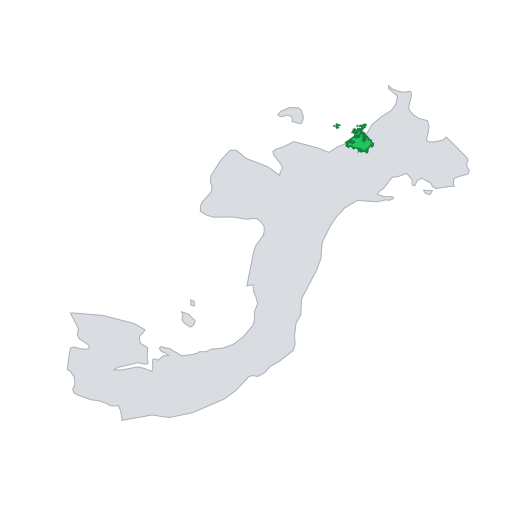 San Lorenzo, Chiriquí, Panama shown in context, rotated 135°
{"feature_id": "35544464B69995284434654", "entity_name": "San Lorenzo", "entity_type": "district", "adm_level": 2, "iso_a3": "PAN", "parent_name": "Panama", "parent_adm1": "Chiriquí", "projection": "albers", "projection_center": [-82.13, 8.214], "detail": "fine", "context": "in_parent", "style": "filled", "palette": "green", "viewbox_px": 512, "rotation_deg": 135, "n_neighbors": 0, "source": "geoboundaries", "source_scale": "gbopen_adm2", "svg_char_len": 8480}
<svg xmlns="http://www.w3.org/2000/svg" viewBox="0 0 512 512"><g transform="rotate(135 256 256)"><path d="M467.1,234.7L465.6,235.8L461.4,242.0L459.2,247.3L464.7,252.8L466.5,258.7L469.7,265.1L474.6,271.5L480.2,283.4L481.5,288.1L480.0,291.3L474.8,293.2L470.1,298.9L468.8,305.7L469.8,309.1L455.4,320.2L451.7,322.0L449.2,320.4L446.0,314.9L442.3,310.6L440.3,309.0L439.1,309.0L438.0,310.0L437.5,312.4L439.5,322.6L437.9,326.8L433.0,330.1L427.6,346.8L425.3,344.7L406.5,322.5L390.1,294.8L386.6,282.2L390.8,281.5L394.8,281.7L397.0,279.7L399.5,276.1L397.4,267.6L405.1,261.0L408.0,256.6L410.2,257.1L415.4,264.5L422.8,268.7L432.0,274.7L437.7,276.1L430.5,269.7L418.1,261.3L414.6,255.7L411.2,248.0L406.4,251.4L404.2,254.2L401.7,255.9L399.6,254.0L399.1,251.4L391.9,251.0L390.0,248.8L388.0,247.5L389.0,252.3L390.4,255.3L389.7,259.0L387.3,259.2L385.3,255.5L382.7,252.2L379.1,238.0L370.8,231.4L367.0,229.2L363.9,228.4L359.2,223.9L353.1,221.5L344.8,214.5L334.7,209.6L322.3,207.9L307.3,209.1L302.2,211.9L298.8,215.5L297.2,217.2L288.4,221.3L285.0,227.2L282.9,232.2L278.5,237.9L283.6,241.3L254.7,260.6L249.0,263.5L236.0,265.5L233.0,267.5L229.0,271.4L228.5,277.1L229.1,282.0L232.9,285.8L236.3,288.2L244.5,299.6L258.9,313.9L261.7,319.2L263.9,326.9L259.6,330.6L256.3,332.2L242.6,332.9L237.9,336.0L236.0,340.8L230.9,344.7L213.3,348.6L199.4,349.1L195.1,344.6L194.0,332.1L184.6,310.8L182.3,296.1L180.0,297.9L175.1,299.6L173.4,303.3L172.2,314.1L170.4,317.9L166.6,317.5L158.7,313.6L148.3,310.1L135.0,287.1L133.5,282.7L131.0,277.6L120.7,275.4L112.0,271.5L102.4,270.9L97.5,273.1L92.6,270.3L91.7,264.0L81.7,266.9L68.9,265.9L57.4,263.2L49.5,264.6L42.9,269.0L43.8,280.5L41.9,282.8L41.6,278.1L39.3,272.7L36.6,268.2L30.8,263.6L30.5,261.9L32.8,259.5L43.3,252.9L44.6,250.1L44.8,244.2L43.8,238.7L39.1,230.4L41.8,225.4L47.2,221.3L52.8,218.1L53.7,216.7L52.7,214.0L49.5,210.9L41.9,205.8L37.3,205.5L37.2,190.7L37.4,175.1L38.6,173.5L41.4,172.6L43.6,170.2L44.8,165.6L48.2,164.0L54.1,167.5L60.2,170.7L62.8,169.7L64.7,168.1L66.0,166.6L66.4,165.2L71.3,169.3L81.3,176.7L81.9,180.4L80.9,183.9L83.7,193.9L88.9,195.3L94.1,193.4L95.4,195.2L94.4,197.1L91.7,199.2L91.0,207.8L99.6,211.8L103.9,215.3L118.0,213.6L123.3,214.6L126.8,213.6L122.9,206.7L117.6,201.5L118.0,199.3L122.0,200.9L125.1,204.4L132.1,208.7L145.0,223.7L159.7,227.3L171.3,226.8L182.2,224.7L199.5,218.9L212.0,208.3L222.0,203.6L254.3,193.4L265.7,182.9L270.6,181.5L275.2,180.2L285.3,172.2L290.7,166.0L296.5,162.9L313.6,165.0L324.7,167.9L332.4,167.4L339.7,169.4L343.0,173.9L346.3,175.8L364.4,175.1L379.3,177.2L411.9,190.2L431.5,203.1L441.9,217.0L467.1,234.7ZM140.7,340.4L136.4,340.8L127.7,337.5L121.4,331.0L120.9,328.9L121.0,326.8L124.5,320.2L129.1,317.9L130.9,317.9L135.4,325.5L132.3,328.5L133.6,333.2L139.9,336.7L140.7,340.4ZM349.6,265.9L348.1,269.2L344.5,261.9L345.0,260.0L344.7,253.3L348.2,251.5L350.7,251.4L352.8,252.3L354.2,260.1L353.1,263.7L349.6,265.9ZM91.9,180.5L91.0,184.1L85.1,177.6L88.6,176.5L89.9,176.6L91.9,180.5ZM336.7,267.6L333.3,271.1L331.9,267.8L334.3,264.4L335.2,264.3L336.7,267.6Z" fill="#d9dde1" stroke="#a8b0b8" stroke-width="1"/><path d="M110.6,264.9L110.0,263.1L111.1,263.4L111.0,262.7L109.5,262.5L107.9,260.3L108.3,259.7L107.5,259.3L109.2,257.7L107.1,258.1L107.0,257.3L108.2,256.6L108.2,255.4L107.7,255.0L106.3,256.4L106.6,255.2L105.6,254.9L106.3,254.5L104.4,251.8L104.9,250.9L104.0,250.4L102.8,251.4L104.1,251.9L103.3,252.8L103.5,251.9L102.8,252.3L102.6,251.7L102.2,252.5L100.9,253.0L100.7,252.4L99.5,253.1L96.8,253.3L95.7,252.6L97.1,251.5L95.9,251.0L93.5,252.4L94.1,255.1L92.7,256.2L93.7,258.7L94.1,258.3L94.5,258.6L94.7,259.1L94.2,258.6L93.1,259.2L93.1,261.4L96.4,261.7L96.5,261.2L96.2,260.9L96.3,260.5L96.2,260.3L96.2,260.1L96.4,260.5L96.3,261.0L96.7,260.7L97.1,260.8L96.5,260.9L96.9,261.3L96.6,261.2L96.5,261.8L97.6,261.8L97.5,261.1L98.3,261.9L98.6,261.1L98.7,260.8L99.0,260.6L99.0,260.4L99.1,260.5L98.7,261.4L99.4,261.6L98.8,261.4L99.0,262.0L98.6,261.8L97.8,262.0L97.6,262.3L97.3,262.3L97.9,263.2L97.2,263.5L97.2,262.4L93.6,261.8L93.6,262.7L94.3,262.6L93.9,264.0L95.7,263.1L96.3,263.7L96.0,264.4L95.4,263.5L95.2,264.4L94.8,263.7L94.6,264.5L93.5,264.5L93.8,264.2L93.1,263.5L93.3,265.0L92.7,266.0L93.0,267.0L93.7,267.3L93.5,265.4L94.4,265.6L94.0,266.5L94.7,266.2L95.4,266.2L94.6,266.4L95.1,267.9L94.2,268.3L94.9,269.2L95.7,268.4L96.0,268.7L93.1,269.9L92.7,271.3L94.4,271.2L94.8,272.6L96.1,272.1L97.0,272.6L97.1,271.2L98.5,271.8L97.2,273.2L98.4,272.9L98.7,274.0L97.3,275.4L99.0,275.4L99.1,272.4L101.0,271.3L100.2,270.3L99.9,270.7L100.1,270.0L98.8,269.4L99.0,268.9L98.7,269.0L98.2,268.4L98.0,268.7L97.7,268.6L98.2,268.3L99.1,268.8L98.9,268.3L98.9,267.1L97.8,267.4L98.2,266.9L98.8,267.0L99.0,267.4L99.4,267.3L99.3,269.6L100.0,269.7L100.0,269.1L100.1,268.9L100.5,270.2L101.1,269.8L100.9,269.0L101.1,268.5L100.9,268.5L100.9,268.4L101.0,268.2L100.7,268.1L100.8,268.0L100.7,268.1L101.0,268.2L101.1,268.5L101.0,269.2L101.2,269.4L101.4,268.9L101.5,268.9L101.2,269.8L102.0,270.2L101.7,269.8L101.8,269.7L102.1,270.1L101.8,270.5L102.0,270.4L102.1,270.6L101.8,270.6L101.2,269.9L101.0,270.8L108.8,272.1L109.0,271.5L107.3,271.3L107.0,271.2L106.8,270.7L107.4,270.4L106.9,269.8L106.9,269.6L107.8,269.3L107.6,269.1L107.5,268.8L107.3,269.3L107.2,269.3L106.9,269.5L106.7,269.5L106.7,269.4L106.8,269.1L106.7,268.9L106.8,269.1L106.7,269.5L106.9,269.5L107.0,269.3L107.3,269.3L107.5,268.8L108.1,268.7L107.5,267.8L107.5,267.6L107.0,267.7L106.8,267.4L106.5,267.5L106.1,267.4L105.9,267.6L105.7,267.6L105.6,267.4L105.8,266.0L105.7,267.6L106.1,267.4L106.7,267.3L107.5,267.6L108.0,268.4L107.9,267.9L108.0,267.8L107.8,267.6L108.0,267.5L108.3,267.4L108.0,267.1L108.1,266.9L108.2,266.7L108.3,266.4L108.3,267.4L108.1,267.7L107.9,267.6L108.0,267.8L108.2,268.7L107.9,269.2L108.1,269.3L108.2,270.0L107.9,270.3L108.4,270.6L108.3,270.1L108.6,270.5L108.4,271.0L108.8,271.1L109.3,271.0L109.1,270.8L109.3,270.6L109.1,270.7L109.2,270.3L109.4,270.3L109.5,270.2L109.5,270.4L109.4,270.5L109.2,270.3L109.1,270.5L109.3,270.6L109.3,271.0L109.0,271.1L110.1,271.1L109.5,271.2L109.9,272.2L111.3,272.7L112.4,272.7L112.1,272.2L111.0,272.4L110.5,272.4L110.4,272.2L112.0,272.0L112.0,271.4L111.6,271.4L111.5,271.2L112.1,271.4L112.9,270.8L112.4,270.8L112.2,270.6L112.3,270.4L112.7,270.4L112.3,269.8L112.3,269.7L112.5,269.5L112.7,269.4L112.7,269.5L112.6,269.9L113.0,269.9L112.6,269.9L112.6,269.5L112.3,269.7L112.8,270.3L112.7,270.5L112.3,270.4L112.3,270.7L113.5,270.2L113.4,270.1L113.4,269.5L113.2,269.4L113.2,269.0L113.4,269.5L113.4,270.1L113.5,270.2L113.0,271.2L114.4,269.6L113.5,268.9L113.9,268.3L113.7,267.5L113.4,267.9L111.0,266.8L111.3,266.0L110.6,265.1L111.0,264.3L110.6,264.9ZM87.9,270.0L87.2,270.4L87.4,271.6L87.1,270.9L85.4,270.9L85.5,270.4L85.2,271.1L86.4,272.6L88.9,273.3L90.0,274.7L90.8,274.2L89.2,273.4L90.0,272.2L89.6,272.3L89.5,272.1L92.3,271.7L92.7,272.4L94.0,271.8L87.9,270.0ZM94.6,267.3L94.2,266.9L93.1,268.7L93.5,269.6L94.6,267.3ZM108.1,269.6L106.9,269.7L107.4,270.3L107.3,270.5L106.9,270.7L107.2,271.1L108.1,270.9L107.8,270.3L108.1,269.6ZM92.5,270.2L91.3,270.3L92.2,271.0L92.5,270.2ZM107.0,292.3L105.3,291.5L105.5,292.2L107.0,292.3ZM107.2,289.0L107.1,290.0L107.9,290.6L108.2,289.9L107.4,289.7L107.2,289.0ZM100.0,274.3L99.5,274.8L100.0,275.5L100.2,275.3L100.0,274.3ZM108.9,292.7L109.2,291.8L108.7,292.5L108.9,292.7ZM107.4,288.8L106.9,288.5L106.8,288.8L107.4,288.8ZM92.3,276.4L92.0,276.1L91.9,276.4L92.3,276.4ZM94.0,273.1L93.5,273.0L93.6,273.4L94.0,273.1ZM94.3,272.4L93.9,272.8L94.0,272.9L94.3,272.4ZM97.0,275.3L97.1,274.8L96.6,275.0L97.0,275.3ZM97.2,262.3L97.6,262.0L97.2,262.2L97.2,262.3ZM93.1,272.8L92.9,272.7L92.6,272.7L93.1,272.8ZM95.4,274.1L95.6,273.9L95.4,274.1ZM98.9,275.6L98.3,275.5L98.9,275.7L98.9,275.6ZM94.8,273.6L95.0,273.5L94.9,273.4L94.8,273.6ZM91.3,270.5L91.0,270.3L91.3,270.5ZM107.6,269.0L107.9,269.1L107.6,268.9L107.6,269.0ZM97.4,276.3L97.1,276.3L97.4,276.5L97.4,276.3ZM97.8,261.7L97.6,261.8L97.9,261.8L97.8,261.7ZM108.0,291.0L107.8,290.8L108.0,291.0ZM96.8,261.9L96.6,261.9L96.7,262.0L96.8,261.9ZM101.4,275.5L101.3,275.4L101.4,275.5ZM94.4,273.8L94.6,273.6L94.4,273.8ZM101.5,275.6L101.1,275.6L101.5,275.6L101.5,275.6ZM107.4,291.4L107.5,291.3L107.4,291.4ZM90.6,270.2L90.4,270.3L90.7,270.3L90.6,270.2ZM105.9,291.2L106.0,291.2L105.9,291.1L105.9,291.2ZM98.5,261.4L98.6,261.2L98.5,261.4ZM98.1,275.5L98.1,275.4L98.1,275.5ZM106.5,291.3L106.7,291.2L106.5,291.3ZM104.2,289.2L104.3,289.2L104.2,289.2ZM99.5,275.3L99.4,275.3L99.5,275.3ZM104.4,289.5L104.5,289.5L104.4,289.4L104.4,289.5ZM98.8,260.9L98.7,260.9L98.8,260.9Z" fill="#22c55e" stroke="#15803d" stroke-width="1.5"/></g></svg>